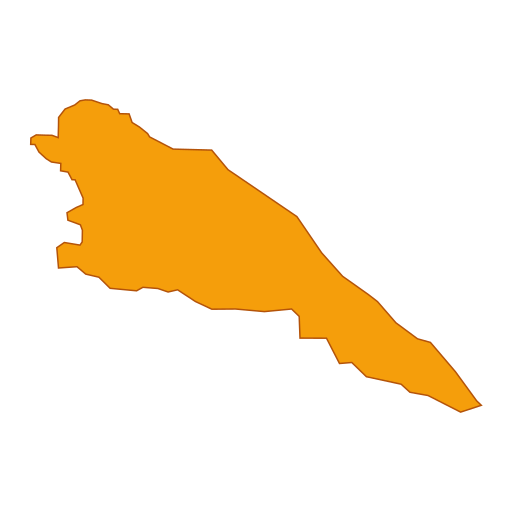 the district of Akdarya, Samarkand, Uzbekistan
{"feature_id": "79887680B91755073573876", "entity_name": "Akdarya", "entity_type": "district", "adm_level": 2, "iso_a3": "UZB", "parent_name": "Uzbekistan", "parent_adm1": "Samarkand", "projection": "albers", "projection_center": [66.738, 39.79], "detail": "fine", "context": "isolated", "style": "filled", "palette": "amber", "viewbox_px": 512, "rotation_deg": 0, "n_neighbors": 0, "source": "geoboundaries", "source_scale": "gbopen_adm2", "svg_char_len": 1090}
<svg xmlns="http://www.w3.org/2000/svg" viewBox="0 0 512 512"><path d="M235.5,309.0L264.4,311.6L291.6,309.0L299.2,316.4L300.0,338.1L326.5,338.2L339.5,363.5L351.8,362.5L366.4,376.7L401.1,384.2L410.0,392.3L428.0,395.5L460.6,412.1L481.3,405.3L476.7,400.9L455.4,371.7L430.4,342.4L417.5,338.8L395.9,322.8L377.5,301.6L368.3,294.5L342.6,276.3L321.7,252.9L296.9,216.6L228.0,169.7L211.7,150.1L173.1,149.1L149.6,136.9L147.6,133.6L139.4,127.0L132.1,122.5L129.1,113.9L119.7,113.7L117.7,109.3L113.5,109.2L108.3,104.8L102.0,103.6L91.6,100.1L85.3,99.9L80.0,100.8L74.7,105.0L65.1,109.0L58.6,117.4L58.5,125.9L58.2,137.6L52.0,135.3L45.6,135.2L36.2,134.9L30.9,138.0L30.7,144.4L34.9,144.5L39.0,152.1L46.2,158.7L51.4,162.0L60.8,163.4L60.6,170.8L68.0,172.1L72.0,179.7L75.1,179.8L83.1,198.1L83.0,204.5L76.2,207.5L67.0,212.7L67.9,220.2L80.4,224.8L82.4,230.2L82.2,241.9L80.0,245.1L64.3,242.5L56.8,247.7L58.5,268.0L77.0,266.7L85.7,274.1L98.9,277.2L110.1,288.3L136.6,290.8L142.9,287.3L157.9,288.5L168.1,292.0L177.6,289.8L195.4,301.5L211.8,309.2L235.5,309.0Z" fill="#f59e0b" stroke="#b45309" stroke-width="1.5"/></svg>